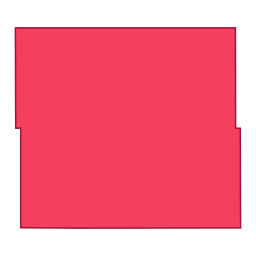 the district of Stevens, Minnesota, United States of America
{"feature_id": "52423323B3938520611617", "entity_name": "Stevens", "entity_type": "district", "adm_level": 2, "iso_a3": "USA", "parent_name": "United States of America", "parent_adm1": "Minnesota", "projection": "equal_earth", "projection_center": [-96.037, 45.586], "detail": "fine", "context": "isolated", "style": "filled", "palette": "rose", "viewbox_px": 256, "rotation_deg": 0, "n_neighbors": 0, "source": "geoboundaries", "source_scale": "gbopen_adm2", "svg_char_len": 243}
<svg xmlns="http://www.w3.org/2000/svg" viewBox="0 0 256 256"><path d="M15.4,27.9L15.7,128.2L20.8,128.1L20.8,227.7L76.1,228.1L240.6,227.9L240.3,128.2L235.6,128.2L235.4,27.9L15.4,27.9Z" fill="#f43f5e" stroke="#9f1239" stroke-width="1.5"/></svg>